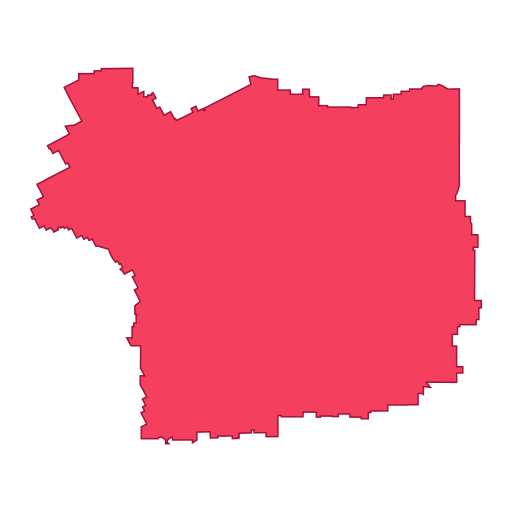 outline of Quairading, Western Australia, Australia
{"feature_id": "25037944B17943761568072", "entity_name": "Quairading", "entity_type": "district", "adm_level": 2, "iso_a3": "AUS", "parent_name": "Australia", "parent_adm1": "Western Australia", "projection": "orthographic", "projection_center": [117.41, -32.015], "detail": "fine", "context": "isolated", "style": "filled", "palette": "rose", "viewbox_px": 512, "rotation_deg": 0, "n_neighbors": 0, "source": "geoboundaries", "source_scale": "gbopen_adm2", "svg_char_len": 5571}
<svg xmlns="http://www.w3.org/2000/svg" viewBox="0 0 512 512"><path d="M141.3,438.7L158.1,438.7L158.1,438.2L159.1,437.5L161.0,436.9L164.6,438.9L165.6,440.6L165.6,443.7L168.8,443.7L167.1,442.3L167.2,440.4L167.6,440.2L168.0,439.6L170.9,437.4L172.6,437.4L172.6,440.0L192.4,439.9L192.5,442.8L197.0,439.9L196.8,432.1L210.2,431.8L210.1,433.7L210.2,435.2L210.2,435.8L210.4,437.0L210.4,438.0L218.0,437.8L218.0,436.1L223.1,436.0L223.3,436.1L224.7,436.1L225.8,436.1L226.8,436.0L228.6,436.0L229.3,436.0L229.9,436.0L231.2,436.0L232.3,436.1L232.3,438.6L236.9,438.5L236.9,438.2L238.7,438.1L238.8,438.2L238.9,437.8L239.0,437.7L239.1,437.3L239.1,436.9L239.0,433.2L251.3,432.9L251.2,430.0L253.9,429.9L254.0,432.8L265.8,432.6L266.0,432.6L266.1,436.7L277.9,436.6L277.9,415.5L281.3,415.5L281.3,416.8L303.0,416.8L303.1,412.1L316.3,412.1L316.3,417.1L320.4,417.1L320.4,416.1L330.8,416.1L331.6,416.1L332.4,416.1L332.4,416.6L338.3,416.6L338.3,414.0L349.8,414.0L349.9,417.1L361.2,417.1L361.2,418.8L368.4,418.8L368.3,416.6L368.4,412.5L370.7,412.5L370.7,411.0L387.8,410.9L387.7,405.0L407.7,405.0L407.7,404.7L418.1,404.7L418.1,393.5L422.3,393.5L423.4,394.4L423.4,386.5L428.2,387.1L429.9,387.3L430.2,387.4L430.5,387.4L430.0,386.8L426.1,382.2L428.4,382.2L450.5,382.3L456.7,382.3L456.7,376.0L456.6,373.0L462.8,373.0L462.8,366.7L456.6,366.7L456.7,360.5L456.6,356.2L456.7,346.1L452.3,346.1L452.3,334.3L457.5,334.3L457.5,326.7L459.8,326.7L459.8,324.7L476.1,324.7L476.2,319.6L478.9,319.6L478.9,307.8L481.3,307.9L481.3,300.5L474.6,300.5L474.7,276.4L474.8,250.7L474.8,250.4L473.2,250.4L473.3,247.3L477.9,247.3L477.9,234.8L471.7,234.7L471.7,230.0L471.7,228.5L471.7,227.4L471.7,225.8L471.7,224.0L471.7,223.9L471.6,223.7L471.3,223.3L471.1,223.2L470.8,223.0L470.7,222.8L470.6,222.6L470.5,222.4L470.5,222.2L470.5,216.5L465.0,216.5L465.0,207.5L465.1,207.3L465.1,207.0L465.1,206.8L465.1,206.5L465.1,206.3L465.1,204.9L465.1,200.9L462.3,200.8L456.0,200.8L455.6,200.8L455.6,195.0L456.0,194.6L456.6,194.0L456.8,193.8L456.9,193.5L457.1,193.0L457.8,190.9L458.7,187.8L459.1,186.5L459.2,186.2L459.3,185.8L459.3,185.4L459.3,184.9L459.3,184.5L459.3,182.7L459.3,181.9L459.3,170.5L459.3,161.1L459.3,159.2L459.3,156.5L459.3,152.8L459.3,151.5L459.3,144.5L459.4,134.2L459.4,131.5L459.4,116.3L459.4,113.2L459.4,110.8L459.4,106.0L459.4,99.7L459.4,97.0L459.4,93.2L459.4,91.8L459.4,88.9L448.1,89.1L446.0,87.9L444.7,87.3L444.1,87.0L443.8,86.7L443.5,86.5L443.2,86.2L442.8,86.0L442.4,85.8L442.3,85.7L442.0,85.6L441.4,85.5L440.8,85.2L439.9,84.7L439.7,84.6L438.2,84.5L437.9,84.5L436.9,86.0L436.7,86.1L428.3,85.6L427.8,85.6L427.5,85.6L424.1,86.3L423.9,86.3L423.7,86.3L422.2,87.4L422.1,87.5L422.0,87.8L422.0,89.0L409.6,89.0L409.6,91.3L401.1,91.3L401.1,94.3L393.3,94.3L393.3,99.1L391.1,99.1L391.1,95.1L383.7,95.1L383.6,97.7L366.3,97.8L366.3,99.0L366.3,104.7L358.2,104.7L358.2,107.5L350.8,107.6L350.8,107.1L327.5,107.1L327.5,105.6L318.7,105.6L318.7,100.8L318.7,100.7L318.8,100.7L318.8,99.2L318.8,96.9L310.9,96.9L309.5,96.9L309.4,95.4L309.5,95.0L309.5,94.1L309.4,93.2L309.4,89.2L302.7,89.2L302.7,94.2L295.0,94.3L290.3,94.3L290.3,90.1L277.7,90.1L277.7,79.2L275.4,79.2L273.2,79.2L271.8,79.1L270.2,78.9L269.2,78.8L267.2,78.5L264.1,78.2L262.6,78.0L260.9,77.9L260.7,77.8L258.2,77.0L255.4,76.1L253.5,75.8L249.1,76.8L250.1,81.2L250.7,83.7L250.9,84.4L204.4,108.2L204.5,108.7L204.8,109.4L204.9,109.6L205.1,109.8L205.3,110.1L205.1,110.2L203.9,110.8L203.6,110.0L202.9,108.6L198.0,111.0L197.5,110.0L196.3,106.9L195.9,106.2L191.1,108.6L192.9,112.4L190.0,113.9L186.9,115.4L182.7,117.5L176.4,120.5L175.6,118.7L174.6,119.2L170.6,111.7L164.1,115.2L159.7,106.9L157.0,108.4L155.0,104.9L155.0,104.6L154.9,104.4L152.5,100.0L156.0,98.1L153.1,92.7L151.5,93.5L151.5,95.1L151.4,95.1L147.7,95.1L147.7,96.8L143.8,96.8L143.8,91.4L138.0,94.1L138.0,87.8L132.3,87.8L132.3,83.3L132.8,83.3L132.8,68.3L101.3,68.7L101.3,70.8L94.2,70.8L94.2,73.6L78.7,73.7L78.7,75.9L78.7,79.8L78.7,80.0L64.3,87.4L64.2,87.5L70.0,99.0L70.9,100.4L71.3,101.1L72.4,103.3L77.2,112.4L78.3,114.3L81.8,121.0L73.9,125.3L73.5,125.3L71.9,125.3L70.0,125.5L67.6,125.9L65.3,126.2L67.4,130.2L68.6,132.3L69.0,133.2L69.5,134.0L55.3,141.6L47.5,145.7L49.1,148.7L50.1,148.2L52.9,153.5L58.6,150.5L65.7,164.1L67.7,163.0L69.9,167.2L63.2,170.7L46.4,179.3L46.3,179.6L37.0,184.3L43.4,196.7L37.0,200.0L39.4,204.7L30.7,209.1L33.9,215.5L31.2,216.9L32.2,219.0L34.9,219.0L35.3,219.7L35.2,219.8L39.5,228.2L43.9,225.9L44.1,226.1L46.2,230.1L50.5,227.9L51.8,229.0L52.6,229.7L52.8,230.0L53.8,232.1L58.5,229.7L57.7,228.0L60.2,226.7L60.9,228.0L63.4,226.7L64.3,228.5L67.0,227.0L68.5,229.9L71.5,228.3L72.3,229.5L76.7,238.0L81.8,235.4L83.8,239.3L87.5,237.4L89.0,240.4L89.6,240.3L89.9,240.2L90.2,240.1L91.1,239.7L91.6,239.4L92.2,239.1L92.3,239.2L95.8,246.1L98.1,246.2L98.6,246.3L98.9,246.4L99.4,246.5L100.7,246.9L102.4,247.4L103.9,247.9L108.8,249.3L109.7,252.3L109.8,252.8L110.0,253.2L110.2,253.6L110.4,254.0L111.4,256.0L112.1,257.4L112.7,258.3L113.3,259.1L115.5,262.1L117.6,261.2L118.6,263.0L119.3,264.5L120.7,263.7L122.7,267.7L120.5,268.8L120.1,269.2L120.5,269.5L121.8,270.7L122.1,270.9L122.4,271.1L122.7,271.4L123.0,271.9L124.3,274.1L132.5,269.9L135.1,275.4L132.3,276.8L133.8,279.7L138.1,288.0L134.4,289.9L140.2,301.5L134.8,305.8L134.9,314.1L136.1,314.0L136.2,322.8L135.6,322.8L135.3,322.8L133.6,323.3L133.7,326.6L132.1,326.6L132.1,337.9L126.7,337.9L127.8,339.8L130.0,344.0L131.0,345.8L140.6,345.7L140.6,348.7L140.7,349.0L140.5,368.2L144.5,375.8L140.2,375.8L140.2,384.6L146.7,396.8L142.4,399.1L145.6,405.3L142.5,406.9L144.6,410.9L141.0,412.8L146.8,424.0L141.3,426.8L141.3,438.7Z" fill="#f43f5e" stroke="#9f1239" stroke-width="1.5"/></svg>